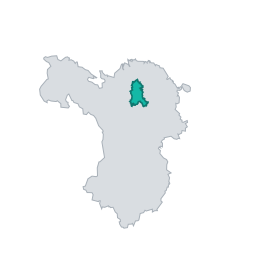 Hubei highlighted on a map of China, rotated 251°
{"feature_id": "CHN-1807", "entity_name": "Hubei", "entity_type": "Province", "adm_level": 1, "iso_a3": "CHN", "parent_name": "China", "parent_adm1": "", "projection": "albers", "projection_center": [112.208, 31.166], "detail": "fine", "context": "in_parent", "style": "filled", "palette": "teal", "viewbox_px": 256, "rotation_deg": 251, "n_neighbors": 0, "source": "natural_earth", "source_scale": "10m", "svg_char_len": 8080}
<svg xmlns="http://www.w3.org/2000/svg" viewBox="0 0 256 256"><g transform="rotate(251 128 128)"><path d="M140.2,186.6L135.2,184.5L134.9,182.3L135.8,181.2L132.2,180.4L130.2,178.6L124.8,181.5L123.7,180.4L121.1,181.6L119.3,180.2L117.8,181.6L116.2,181.0L115.4,181.9L115.8,186.4L113.9,186.1L113.5,183.7L109.8,184.5L109.1,182.2L106.3,181.3L108.0,178.2L105.7,177.0L105.3,174.0L106.0,173.2L101.1,173.4L101.8,172.2L101.4,170.5L102.8,168.1L106.2,166.0L107.0,159.0L105.8,158.9L105.3,156.4L103.9,154.7L102.6,155.7L98.9,154.4L100.2,153.1L99.9,151.8L98.7,152.2L99.7,151.0L98.7,150.0L96.1,151.3L93.5,149.8L88.2,151.8L85.6,154.2L83.0,154.6L80.7,152.7L75.9,150.9L71.5,154.1L71.2,150.7L67.4,151.1L64.1,149.1L63.2,149.6L62.4,148.6L61.7,149.3L60.9,147.6L59.0,146.9L59.4,145.9L56.4,143.7L56.3,142.4L54.5,142.1L50.4,136.1L48.2,135.4L46.8,136.3L41.6,128.8L40.3,128.9L41.1,126.3L40.6,123.7L43.3,124.6L43.6,118.1L44.7,117.3L42.9,115.2L43.2,111.7L37.6,108.4L37.1,107.2L37.7,104.8L33.7,101.3L36.4,101.1L36.0,100.1L36.9,96.9L34.0,95.0L34.6,91.5L35.6,91.3L36.5,89.6L39.7,88.9L42.1,89.1L42.0,90.4L44.0,90.9L46.6,88.9L50.4,89.9L52.8,88.6L57.9,88.1L58.4,85.6L59.7,85.1L59.5,84.3L60.8,84.2L60.6,80.2L61.7,78.0L60.1,76.8L65.9,76.6L68.1,78.1L68.6,77.0L68.0,76.1L71.7,70.6L76.3,73.3L78.6,72.9L80.3,68.3L82.9,68.0L84.4,66.1L87.1,66.4L87.0,68.8L93.0,73.6L94.2,78.3L92.3,82.2L92.7,83.6L100.4,86.0L105.4,89.5L105.2,90.5L107.7,96.2L123.4,98.8L125.3,100.6L130.0,102.6L132.5,102.3L132.5,103.2L134.0,103.5L139.7,101.0L147.8,100.7L151.1,99.5L153.0,97.2L155.9,95.7L154.2,93.1L155.8,90.3L160.9,91.5L163.8,88.9L167.2,88.6L169.7,85.2L172.0,84.8L172.2,83.9L179.4,83.1L178.8,81.3L175.1,78.2L172.9,78.3L171.8,79.7L170.0,78.9L167.5,79.7L166.4,78.0L169.5,71.3L172.9,72.4L176.8,70.0L176.4,68.7L178.6,64.0L180.4,62.0L180.0,60.2L178.3,59.8L180.7,57.5L187.7,55.8L193.5,57.1L195.7,59.4L200.3,67.1L200.4,68.6L206.1,69.4L209.5,70.9L211.5,75.2L215.7,74.4L217.4,72.5L220.5,70.8L221.6,71.1L222.3,73.1L220.9,75.0L220.8,79.3L219.5,84.1L215.6,84.0L213.3,86.4L215.2,92.0L214.9,94.0L213.1,95.0L213.5,95.7L211.3,94.2L211.0,96.5L208.9,98.5L206.2,99.1L207.2,100.5L206.9,101.5L202.2,100.8L200.4,104.4L197.1,106.6L195.4,109.0L190.9,110.8L185.8,114.8L185.6,114.0L187.4,113.1L187.7,111.9L186.0,112.1L185.9,111.4L188.7,107.3L187.2,105.5L185.1,105.9L183.1,108.8L179.8,111.0L178.6,113.4L174.8,113.8L174.5,116.8L178.8,118.1L179.0,121.0L180.2,121.7L181.7,121.6L183.2,119.3L184.8,118.6L187.8,119.8L191.2,119.8L190.4,122.2L189.0,121.8L185.3,123.5L184.9,125.6L183.4,125.4L183.8,126.3L180.3,131.2L184.2,133.3L186.8,139.8L190.4,142.6L190.3,143.5L185.8,142.2L184.1,143.0L186.5,142.6L190.7,146.1L187.7,149.1L186.1,149.3L185.2,149.9L189.0,149.4L192.1,150.9L190.1,152.7L191.8,152.5L191.7,154.0L190.0,154.2L190.9,154.8L190.3,156.2L190.9,157.6L189.2,157.6L187.9,159.0L185.7,164.9L184.0,164.3L185.2,166.1L183.7,167.4L182.5,167.2L184.3,167.6L184.5,170.1L182.8,169.9L183.3,170.8L182.1,171.0L181.1,173.5L178.0,174.2L178.9,175.1L176.4,178.0L174.6,177.8L173.1,180.7L163.7,182.8L161.7,180.4L161.0,181.2L161.9,184.0L160.1,184.1L158.2,185.8L157.3,185.0L157.1,186.0L155.7,185.5L154.3,186.7L149.7,187.6L148.7,189.2L150.0,190.9L149.4,191.8L147.5,191.5L146.7,189.2L147.8,186.9L146.4,186.1L144.8,187.1L142.2,185.1L142.3,186.2L140.2,186.6ZM150.6,192.5L152.0,194.4L148.1,199.3L145.9,200.2L142.7,198.8L142.6,195.7L145.1,193.4L150.6,192.5ZM190.7,144.3L189.5,144.2L188.3,143.2L189.2,143.4L190.7,144.3ZM192.7,150.1L191.8,150.4L191.6,149.8L192.7,150.1ZM185.3,169.2L184.8,169.9L184.8,169.0L185.3,169.2ZM149.2,188.9L150.1,188.6L150.0,189.1L149.2,188.9Z" fill="#d9dde1" stroke="#a8b0b8" stroke-width="1"/><path d="M148.9,148.5L149.1,148.5L149.3,148.3L149.3,148.2L149.4,147.7L149.3,147.3L149.3,147.2L149.5,147.0L149.4,146.7L149.4,146.4L149.3,146.1L148.8,145.8L148.8,145.7L148.7,145.6L148.0,145.4L148.0,145.1L147.9,145.0L147.7,144.8L147.5,144.6L147.6,144.3L147.6,143.9L147.8,143.3L147.7,143.1L147.6,142.8L147.4,142.6L147.3,142.4L147.2,142.3L147.2,142.2L147.5,141.9L147.5,141.4L147.8,141.1L148.0,141.2L148.4,141.3L148.6,141.2L149.1,141.4L149.2,141.2L149.3,141.1L149.5,141.1L149.5,140.9L149.6,140.6L149.4,140.2L149.0,139.9L148.8,139.9L148.7,139.8L148.4,139.9L148.1,139.8L148.2,139.6L148.3,139.3L148.3,139.2L148.2,139.1L147.8,139.0L147.6,139.0L147.4,138.9L147.2,138.8L147.4,138.5L147.7,138.5L147.9,138.4L148.2,138.5L148.6,138.5L148.9,138.6L149.4,138.6L149.5,138.7L149.7,138.8L149.9,138.9L150.6,138.8L150.8,138.5L151.0,138.6L151.2,138.9L151.4,138.9L151.5,139.1L151.8,138.9L151.9,138.7L152.0,138.7L152.3,138.5L152.4,138.4L152.5,138.7L152.9,138.9L153.0,139.2L153.1,139.4L153.2,139.6L153.3,139.6L153.2,139.8L153.3,139.9L153.7,140.2L153.9,140.5L154.2,140.8L154.3,140.9L154.3,141.2L154.5,141.2L154.8,141.1L155.0,141.3L155.2,141.5L155.8,141.7L156.0,141.9L156.5,142.1L156.8,142.1L157.0,142.3L157.2,142.2L157.5,142.2L157.8,142.1L158.1,142.2L158.6,142.2L158.9,142.1L159.4,142.0L159.5,142.0L159.6,141.9L159.9,142.1L160.0,142.1L160.3,142.0L160.6,142.3L161.0,142.5L161.3,142.4L161.5,142.2L161.8,142.0L162.0,141.9L162.2,142.2L162.2,142.5L162.2,142.9L162.1,143.1L162.2,143.5L162.3,143.7L162.5,144.0L162.5,144.3L162.7,144.2L162.8,144.3L162.9,144.7L163.1,144.7L163.5,144.3L163.9,144.4L164.0,144.5L164.3,144.7L164.6,144.7L164.9,144.7L165.0,144.7L165.0,144.8L164.9,145.1L164.9,145.4L165.0,145.4L165.3,145.4L165.5,145.6L165.8,145.7L166.1,145.7L166.5,145.7L166.8,145.6L167.0,145.2L167.3,145.5L167.3,145.8L167.5,146.1L167.9,146.0L168.1,146.3L168.2,146.5L168.4,146.7L168.6,147.0L168.8,146.8L168.9,146.7L169.1,146.8L169.4,147.1L169.5,147.1L169.8,147.2L169.9,147.4L169.9,147.5L170.1,147.4L170.3,147.5L170.2,147.8L169.9,148.0L169.7,148.2L169.6,148.3L169.7,148.5L169.4,148.6L169.3,148.9L169.4,149.1L169.5,149.2L169.6,149.3L169.8,149.4L170.0,149.7L170.0,149.8L169.8,150.1L169.9,150.4L170.1,150.5L170.4,150.8L170.6,151.5L170.5,151.8L170.7,152.1L170.7,152.4L170.8,152.6L170.7,152.6L170.3,152.8L169.9,152.9L169.4,152.6L169.3,152.4L169.2,152.4L168.6,152.4L168.3,152.7L168.3,152.9L168.2,153.0L168.0,153.3L167.7,153.4L167.4,153.3L167.0,153.3L167.2,153.5L167.2,153.9L167.0,153.7L166.6,153.7L166.6,153.8L166.4,153.9L166.3,154.0L166.2,154.1L166.1,154.4L165.9,154.5L165.8,154.4L165.7,154.4L165.5,154.5L164.8,154.7L164.7,154.6L164.4,154.7L164.2,154.6L164.0,155.0L163.7,155.2L163.4,155.2L163.2,155.4L162.8,155.8L162.7,155.7L162.4,155.6L162.2,155.6L162.1,155.8L162.1,155.7L161.9,155.6L161.9,155.2L161.7,155.1L161.7,154.9L161.8,154.7L162.1,154.4L162.2,154.2L162.0,153.9L162.0,153.6L161.9,153.3L161.8,153.2L161.5,153.3L161.5,153.2L161.5,152.9L161.7,152.5L161.7,152.4L161.4,152.6L161.1,152.9L160.2,153.9L160.1,154.1L159.9,154.1L159.8,154.3L159.7,154.3L159.7,154.0L159.4,154.1L159.2,153.6L159.3,153.4L159.6,153.2L159.6,152.9L159.3,153.2L159.2,152.9L158.8,153.1L158.7,153.3L158.4,153.4L158.3,153.5L158.0,153.5L157.7,153.4L157.3,153.7L157.0,153.9L156.9,153.7L156.7,153.3L156.4,153.2L155.7,152.6L155.4,152.5L155.1,152.3L154.8,152.4L154.5,152.4L154.1,152.2L153.8,152.3L153.7,152.1L153.3,151.8L152.6,151.7L152.2,151.7L151.7,151.6L151.4,151.6L151.4,151.8L151.1,151.7L150.7,151.7L150.5,151.9L150.6,152.0L150.5,152.3L150.6,152.5L150.9,152.7L150.9,152.9L150.8,153.0L150.6,153.1L150.4,153.1L150.1,153.4L149.8,153.2L149.5,152.9L149.3,152.9L149.1,152.8L148.0,153.0L147.9,153.1L147.7,153.3L147.6,153.5L147.4,153.5L147.3,153.4L147.1,153.5L146.8,153.6L146.8,153.8L146.7,153.8L146.6,154.1L146.5,154.4L146.3,154.5L146.3,154.8L146.1,155.0L146.0,155.4L146.0,155.5L145.9,155.5L145.4,155.1L145.2,154.7L144.8,154.5L144.8,154.4L144.7,154.0L144.7,153.9L144.8,153.5L144.8,153.4L144.7,153.3L144.3,153.1L144.1,153.0L144.0,152.9L144.0,152.5L143.9,152.4L143.6,152.6L143.5,152.8L143.4,152.9L143.2,152.8L143.1,152.6L143.0,152.4L143.4,152.4L143.5,152.3L143.5,152.2L143.6,151.8L143.5,151.1L143.6,150.7L143.6,150.4L143.2,150.2L143.1,149.9L143.3,149.7L143.8,149.7L144.0,149.4L144.2,149.6L144.3,149.6L144.6,149.5L144.8,149.5L145.0,149.3L145.5,149.3L145.7,149.5L145.8,149.5L146.3,149.3L146.6,149.4L146.8,149.4L147.1,149.1L147.3,149.2L147.6,148.9L147.7,148.7L147.9,148.5L148.4,148.2L148.5,148.2L148.7,148.3L148.9,148.5Z" fill="#14b8a6" stroke="#0f766e" stroke-width="1.5"/></g></svg>